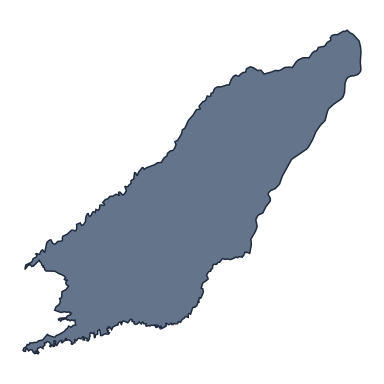 the district of Circasia, Quindío, Colombia
{"feature_id": "7082276B86132048215988", "entity_name": "Circasia", "entity_type": "district", "adm_level": 2, "iso_a3": "COL", "parent_name": "Colombia", "parent_adm1": "Quindío", "projection": "albers", "projection_center": [-75.684, 4.608], "detail": "fine", "context": "isolated", "style": "filled", "palette": "slate", "viewbox_px": 384, "rotation_deg": 0, "n_neighbors": 0, "source": "geoboundaries", "source_scale": "gbopen_adm2", "svg_char_len": 5839}
<svg xmlns="http://www.w3.org/2000/svg" viewBox="0 0 384 384"><path d="M350.1,32.8L347.1,30.2L345.1,31.4L343.2,31.3L337.2,34.8L335.1,34.6L332.2,35.3L330.2,37.8L330.8,39.2L330.6,40.4L327.1,42.5L324.7,46.2L318.4,47.4L317.0,50.2L316.1,51.1L314.7,51.1L312.2,53.1L309.2,57.7L303.0,57.8L298.4,59.8L296.1,62.0L292.3,67.6L289.7,67.1L284.6,67.5L281.0,69.9L278.7,70.7L275.4,70.4L271.9,71.9L264.2,74.0L260.9,70.2L257.4,70.5L253.5,67.7L250.2,66.8L246.4,68.9L245.6,72.1L242.8,72.6L240.3,74.4L239.1,76.0L238.3,76.2L235.5,75.1L233.2,76.6L231.1,79.7L229.3,84.8L226.6,85.0L221.4,86.8L217.4,86.9L215.1,88.2L214.1,89.4L212.9,92.7L211.0,93.4L210.8,95.9L209.2,96.5L207.2,96.0L205.9,99.8L204.4,101.2L202.8,101.7L199.3,105.8L199.1,106.9L200.3,108.4L200.1,109.0L196.3,109.7L193.0,115.2L188.3,120.5L184.8,128.3L182.4,129.8L181.5,133.8L178.4,139.3L177.0,140.6L174.9,141.7L176.0,144.7L174.7,148.1L172.8,150.6L170.4,150.9L167.5,153.3L167.1,155.8L163.8,158.1L161.4,162.4L157.3,162.8L154.7,164.7L146.6,167.7L144.3,169.4L143.1,167.7L142.2,167.6L138.4,172.5L137.4,175.4L136.7,175.1L135.6,172.9L134.6,172.7L133.7,178.9L131.0,180.6L131.0,183.4L128.8,185.2L127.7,187.0L125.5,186.4L124.9,186.7L126.4,190.7L124.1,194.4L122.7,194.9L119.9,192.1L118.8,192.2L118.5,192.9L119.2,195.1L115.8,194.3L112.7,196.3L110.0,196.3L107.9,198.7L105.4,199.5L102.7,202.6L104.4,203.9L104.4,205.0L103.6,205.4L101.1,204.9L99.9,205.2L99.6,208.4L98.6,210.1L97.7,210.2L96.0,209.4L95.1,212.5L93.8,211.8L92.6,212.1L91.3,215.2L89.9,216.4L89.1,216.0L88.2,213.6L87.4,213.7L86.0,216.5L85.4,221.6L83.5,224.7L81.5,225.4L80.2,222.9L76.6,224.4L76.8,228.3L75.9,230.6L75.0,230.9L72.8,230.1L71.5,230.2L67.1,234.3L62.9,236.2L62.3,237.8L62.5,240.1L61.6,241.1L57.7,241.4L55.7,243.6L54.2,244.2L52.6,243.1L51.0,239.9L49.6,240.1L47.8,241.4L46.7,243.1L44.8,252.1L44.1,252.0L42.6,249.8L41.1,250.9L39.5,254.4L36.8,253.6L35.8,253.9L36.9,255.7L36.4,257.0L33.2,258.6L32.0,261.6L30.8,262.5L25.8,265.0L25.0,268.5L25.2,269.0L29.0,264.4L29.6,265.0L30.2,264.6L31.8,266.5L33.0,265.8L33.4,266.1L39.2,260.2L39.9,261.7L41.1,262.7L42.1,265.5L43.5,265.9L43.0,267.0L44.3,267.7L44.7,269.6L46.0,271.0L54.8,271.2L59.1,273.7L63.5,275.5L65.6,277.6L64.3,279.3L65.3,280.1L67.9,280.1L66.5,280.8L65.7,282.8L66.4,284.7L68.6,286.1L66.1,289.5L62.0,291.7L61.6,297.3L60.9,298.2L59.6,298.5L60.3,300.8L59.9,303.2L58.9,304.7L56.1,306.7L54.6,310.2L61.1,312.5L64.5,311.7L66.6,312.3L69.3,311.9L70.2,313.3L71.3,313.3L70.0,315.2L68.2,315.5L66.6,316.8L66.2,317.8L60.2,318.2L58.4,319.1L58.7,320.0L59.4,319.7L60.7,321.1L61.9,319.4L63.1,319.6L64.8,318.9L66.9,319.2L67.3,320.1L68.9,319.8L70.2,320.9L71.7,319.9L73.4,320.6L74.9,320.1L75.6,325.1L73.1,325.4L71.3,327.2L68.7,326.1L67.3,328.7L65.9,329.3L64.4,331.4L59.0,334.5L56.2,335.5L55.2,337.0L53.9,337.1L48.9,335.5L47.3,334.4L42.9,339.8L38.6,340.8L36.4,342.6L35.0,342.3L31.5,343.0L30.1,342.8L28.7,344.8L27.2,344.5L25.9,347.0L24.0,348.0L23.0,350.2L24.0,351.3L25.5,351.3L25.9,349.1L27.0,348.5L28.6,350.9L30.4,349.6L32.2,350.0L33.2,352.2L34.6,353.6L35.8,353.3L35.0,352.1L35.2,351.4L36.6,351.3L37.3,353.5L38.2,353.8L38.9,352.5L37.3,350.4L37.6,348.6L40.5,347.0L43.0,348.5L43.0,346.6L44.9,345.1L44.5,342.7L46.1,342.8L47.0,341.5L48.7,341.9L50.4,343.6L50.5,344.4L49.7,346.3L50.6,346.8L52.1,344.9L53.2,346.4L54.4,346.2L53.7,341.6L54.5,340.6L55.5,341.0L55.5,344.2L56.0,345.3L56.8,345.5L58.6,342.3L60.2,340.8L61.8,340.3L61.5,342.6L62.4,342.7L64.9,340.3L65.6,338.5L66.3,338.8L66.3,340.4L68.9,339.8L70.9,341.1L71.6,341.9L71.3,343.8L71.9,344.3L72.6,344.2L73.2,343.1L75.0,342.6L74.8,339.7L76.5,340.7L78.0,338.5L79.1,338.2L80.9,338.9L83.0,336.7L83.6,336.8L83.8,337.6L82.9,339.8L84.7,340.0L84.3,338.2L85.5,337.9L87.1,338.7L87.0,340.7L88.1,340.9L89.5,338.9L89.3,337.4L90.2,336.0L89.6,334.3L90.5,332.7L92.3,333.5L93.9,332.7L94.4,337.6L95.1,337.4L95.5,334.8L97.6,334.2L97.8,330.7L99.0,329.6L99.5,329.8L100.0,331.2L100.6,335.5L102.1,335.6L104.5,333.9L108.5,334.1L109.5,332.8L107.6,332.0L108.5,330.9L106.9,330.0L107.1,328.3L108.8,328.6L108.4,327.0L109.9,327.0L111.6,329.8L112.9,327.1L115.9,325.4L117.8,325.1L118.5,322.7L121.1,322.0L120.8,323.7L121.5,324.4L122.3,321.9L123.5,320.9L127.8,322.8L130.6,319.3L132.0,319.7L132.0,321.5L134.1,321.7L134.0,323.6L135.8,324.4L137.5,323.8L139.1,322.0L141.2,324.0L142.1,322.4L142.8,322.1L143.8,323.8L146.0,323.8L145.9,325.7L146.4,326.2L148.2,325.6L150.0,326.0L151.0,325.2L154.4,325.4L155.9,324.8L156.3,325.3L155.4,326.7L156.1,327.4L157.1,327.3L158.1,325.5L160.1,328.4L160.5,326.5L161.0,326.2L161.8,328.5L165.9,326.3L166.3,325.2L165.8,323.7L166.2,323.2L168.9,324.7L171.2,323.3L171.8,324.5L172.7,324.1L173.0,324.4L173.7,323.4L175.5,323.9L177.6,323.6L178.4,321.6L180.5,322.3L182.1,319.6L184.5,317.9L185.5,316.5L188.3,317.3L188.1,314.7L189.0,313.5L190.6,314.2L192.4,308.4L193.5,307.1L194.8,307.3L196.9,305.6L197.7,302.8L199.0,302.3L199.0,301.5L198.1,301.1L199.1,299.8L199.0,298.2L199.8,297.6L200.7,298.2L201.1,297.7L203.4,292.0L202.7,288.6L201.1,288.1L202.8,283.0L207.9,279.4L208.0,278.0L206.5,275.4L208.2,272.3L209.0,271.5L210.5,271.3L211.0,270.6L210.8,269.5L212.4,268.6L212.7,265.7L213.4,264.7L214.6,264.1L216.0,264.5L216.9,264.0L217.7,262.5L219.6,262.3L222.4,258.7L225.6,259.4L227.1,258.9L230.4,259.6L234.1,258.2L235.7,257.0L237.7,257.7L238.9,256.7L242.2,257.1L242.2,256.2L243.0,256.2L243.8,255.2L244.8,252.4L245.8,252.5L246.1,252.0L249.7,253.3L251.4,244.5L250.9,239.1L255.6,231.1L257.2,226.6L255.8,219.7L258.0,215.2L262.9,212.9L265.7,207.0L270.3,201.0L270.3,198.3L268.2,194.6L268.6,192.7L270.9,190.4L275.2,188.7L279.5,184.1L282.4,176.0L291.6,159.3L306.5,149.2L308.3,147.3L312.6,139.7L316.0,131.6L320.3,125.4L325.1,120.5L327.5,111.2L328.8,108.6L333.7,104.2L341.6,98.7L343.1,96.8L344.5,92.5L345.1,82.9L346.6,79.0L347.9,77.5L350.3,76.2L354.2,75.7L358.0,74.4L360.4,71.6L360.9,69.4L360.3,62.1L361.0,51.9L360.5,46.7L359.1,41.0L353.2,34.5L350.1,32.8Z" fill="#64748b" stroke="#1e293b" stroke-width="1.5"/></svg>